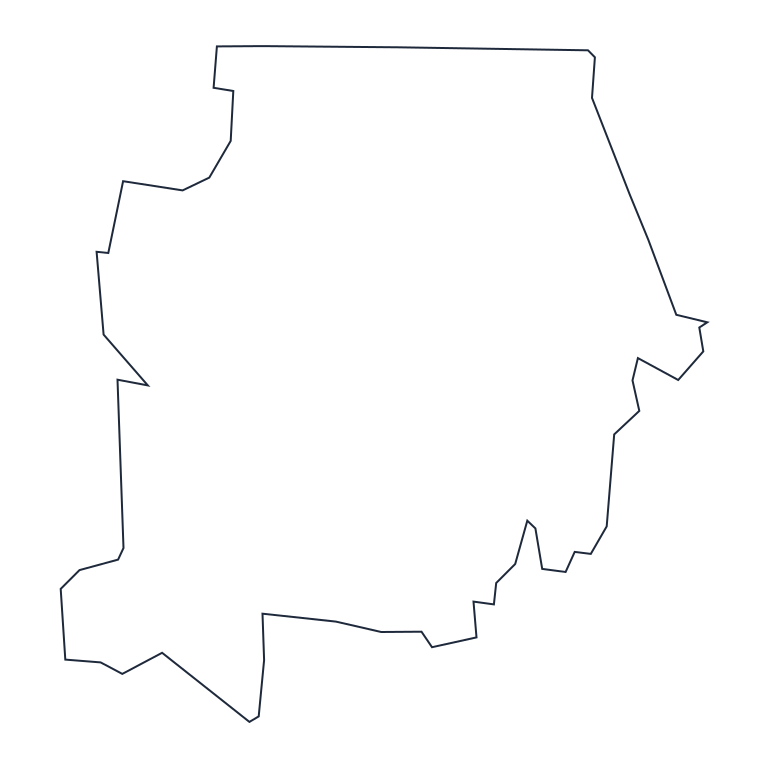 outline of Campbell, Tennessee, United States of America
{"feature_id": "52423323B63395465279305", "entity_name": "Campbell", "entity_type": "district", "adm_level": 2, "iso_a3": "USA", "parent_name": "United States of America", "parent_adm1": "Tennessee", "projection": "robinson", "projection_center": [-84.138, 36.385], "detail": "fine", "context": "isolated", "style": "outline", "palette": "slate", "viewbox_px": 768, "rotation_deg": 0, "n_neighbors": 0, "source": "geoboundaries", "source_scale": "gbopen_adm2", "svg_char_len": 809}
<svg xmlns="http://www.w3.org/2000/svg" viewBox="0 0 768 768"><path d="M263.1,46.1L216.9,46.4L213.6,87.8L233.3,91.0L230.7,140.9L209.3,177.6L182.6,190.4L123.1,181.2L108.3,253.0L96.6,251.8L103.6,334.6L147.8,385.4L117.5,379.7L123.5,548.0L118.1,559.6L79.5,570.1L60.7,588.9L65.3,659.6L100.6,662.4L122.3,673.9L162.1,652.8L249.4,721.9L258.7,716.4L264.1,660.1L262.5,613.7L335.9,621.6L381.2,632.0L421.5,631.7L432.0,647.2L476.5,637.4L473.5,601.6L493.9,604.4L496.2,583.0L515.2,564.0L527.3,520.7L535.4,528.4L542.2,568.9L565.6,572.0L574.7,551.9L590.8,553.9L606.7,526.4L614.2,434.4L639.3,410.9L632.5,380.4L637.9,358.1L678.2,380.0L703.3,351.4L699.3,327.5L707.3,322.3L676.3,314.8L648.4,240.0L629.6,194.2L592.0,97.9L594.9,57.3L588.0,50.3L587.6,50.3L398.3,47.3L263.1,46.1Z" fill="none" stroke="#1e293b" stroke-width="2"/></svg>